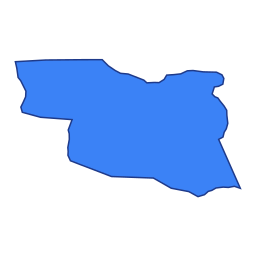 outline of Lagoa, Paraíba, Brazil, rotated 177°
{"feature_id": "56859067B59485240608457", "entity_name": "Lagoa", "entity_type": "district", "adm_level": 2, "iso_a3": "BRA", "parent_name": "Brazil", "parent_adm1": "Paraíba", "projection": "robinson", "projection_center": [-37.9, -6.583], "detail": "fine", "context": "isolated", "style": "filled", "palette": "blue", "viewbox_px": 256, "rotation_deg": 177, "n_neighbors": 0, "source": "geoboundaries", "source_scale": "gbopen_adm2", "svg_char_len": 966}
<svg xmlns="http://www.w3.org/2000/svg" viewBox="0 0 256 256"><g transform="rotate(177 128 128)"><path d="M19.0,61.9L28.1,85.7L38.1,111.9L33.6,114.0L32.2,118.7L29.9,122.0L28.1,127.4L28.6,135.5L28.5,140.5L30.9,144.9L34.6,150.0L36.7,153.3L39.7,154.7L42.2,157.6L39.6,164.5L35.4,164.9L31.0,166.8L29.7,172.5L31.4,176.2L36.7,179.1L49.8,180.1L60.1,182.0L65.8,182.0L72.5,179.3L79.4,178.9L86.6,178.8L89.4,174.6L94.6,171.7L99.2,172.1L106.8,172.1L109.7,175.0L125.0,181.9L132.6,183.0L137.8,186.1L144.5,191.2L150.2,197.6L168.0,198.5L206.5,200.2L237.0,200.1L235.9,193.4L235.1,184.2L232.7,180.9L230.3,175.4L228.0,170.1L228.6,164.5L231.3,159.2L233.9,154.5L232.7,149.2L214.8,143.3L183.4,139.3L187.8,129.1L187.0,125.4L187.2,119.7L189.1,111.7L189.0,107.6L189.4,103.9L187.2,98.3L177.4,93.9L147.0,80.4L105.3,76.7L88.0,65.6L70.6,61.3L61.7,55.8L55.1,57.4L51.2,60.5L47.6,61.3L43.2,63.5L36.0,64.0L30.9,63.4L24.8,64.2L19.0,61.9Z" fill="#3b82f6" stroke="#1e3a8a" stroke-width="1.5"/></g></svg>